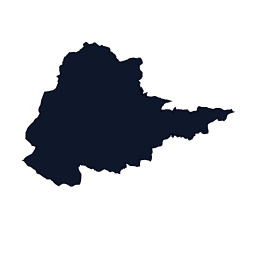 the district of Mogos, Alba, Romania, rotated 15°
{"feature_id": "2599482B52789087649839", "entity_name": "Mogos", "entity_type": "district", "adm_level": 2, "iso_a3": "ROU", "parent_name": "Romania", "parent_adm1": "Alba", "projection": "mercator", "projection_center": [23.332, 46.276], "detail": "fine", "context": "isolated", "style": "filled", "palette": "ink", "viewbox_px": 256, "rotation_deg": 15, "n_neighbors": 0, "source": "geoboundaries", "source_scale": "gbopen_adm2", "svg_char_len": 5741}
<svg xmlns="http://www.w3.org/2000/svg" viewBox="0 0 256 256"><g transform="rotate(15 128 128)"><path d="M75.8,201.4L78.5,198.4L80.5,197.6L82.9,197.4L87.0,198.4L87.5,198.8L89.1,198.3L90.7,196.8L91.0,196.1L95.5,194.6L95.6,192.4L95.3,189.4L94.4,185.5L94.1,184.7L92.3,183.1L90.8,181.5L90.4,180.6L89.3,179.1L90.4,177.5L90.6,176.9L90.5,176.1L91.0,175.2L91.9,175.1L92.9,175.5L94.3,174.9L95.2,175.1L96.0,174.5L98.8,175.8L100.1,176.2L101.6,176.1L102.1,176.5L103.2,176.6L103.6,176.3L104.2,175.5L104.4,175.5L105.7,175.9L106.5,176.4L106.7,176.8L108.1,176.6L108.6,176.9L108.7,177.2L109.9,177.3L111.8,176.9L111.9,176.4L112.8,176.1L113.1,175.3L114.0,174.7L113.9,174.2L114.0,174.0L114.6,174.1L115.1,173.4L115.7,173.2L120.2,173.8L121.3,174.6L122.2,174.6L123.0,173.8L124.4,173.3L126.7,173.5L127.1,174.3L128.1,174.3L129.5,173.4L130.8,173.9L131.5,173.9L131.1,172.5L131.2,171.4L132.0,169.5L132.5,167.8L132.9,168.8L133.1,168.8L133.5,167.9L133.9,167.7L134.2,166.9L134.9,167.4L135.1,166.9L135.0,166.3L136.0,166.4L136.0,165.7L135.2,164.1L134.5,163.7L134.6,162.8L135.2,162.3L137.3,162.3L139.2,163.2L140.2,163.4L140.8,163.1L144.8,162.3L146.4,162.6L147.1,162.4L147.8,161.7L148.7,161.5L147.9,158.8L148.0,157.5L147.7,155.5L152.4,153.6L156.3,153.3L158.1,153.7L158.3,151.9L158.0,150.2L157.9,149.5L157.0,148.2L156.9,147.5L157.4,145.6L157.1,144.4L155.6,141.3L158.7,139.7L159.1,139.7L161.4,137.7L164.0,136.6L164.7,135.8L164.9,134.6L164.2,133.0L164.7,129.9L168.6,127.8L170.4,125.1L170.6,123.4L171.0,122.7L171.6,122.8L172.3,121.9L172.8,122.0L172.6,122.6L172.6,123.4L172.9,123.0L173.4,123.3L173.5,124.7L173.7,124.9L174.0,123.4L174.9,122.0L175.6,122.4L175.7,122.0L175.9,121.9L176.2,122.1L176.3,122.6L177.0,122.7L177.5,123.2L178.0,122.9L178.1,123.4L178.9,123.1L180.3,121.9L181.1,122.0L181.7,122.8L182.7,121.7L183.8,121.8L184.1,121.7L184.4,121.8L184.9,122.4L186.2,122.9L187.4,122.4L187.5,122.2L187.5,121.9L187.9,121.7L189.0,122.0L189.4,122.9L190.1,123.4L190.6,123.3L191.0,122.9L191.4,122.1L192.2,122.0L192.6,121.2L192.5,120.0L192.9,119.8L192.5,119.2L194.2,117.8L193.9,117.2L194.1,115.2L196.9,114.6L197.5,114.0L197.7,113.2L198.1,112.3L200.3,112.7L201.3,113.4L202.7,113.6L206.1,112.1L206.1,111.1L205.6,109.6L204.4,107.7L204.1,106.2L203.5,105.0L203.9,102.8L205.7,101.3L206.1,100.5L207.7,99.8L210.1,96.8L211.9,95.1L212.3,95.2L213.4,96.8L213.9,96.9L215.3,96.5L216.9,95.7L218.7,95.8L219.9,93.6L219.9,91.3L220.1,89.2L222.4,86.8L223.8,86.2L225.0,85.4L224.5,85.4L224.0,84.7L223.0,83.7L221.7,84.8L221.8,85.0L220.6,84.9L219.2,85.3L218.2,86.0L217.6,86.1L216.3,86.8L213.0,85.7L210.4,85.8L209.7,86.2L208.0,86.5L207.8,86.9L206.5,87.6L206.4,88.0L205.8,88.4L202.7,88.3L200.8,88.7L198.9,88.1L195.1,89.1L194.4,89.1L193.5,89.6L191.7,89.1L191.0,89.4L190.5,90.1L190.4,90.8L190.4,91.5L190.9,92.8L190.3,93.7L189.3,94.8L188.5,94.8L187.0,95.3L186.0,96.3L185.5,96.5L185.5,96.9L183.8,97.0L183.9,97.6L180.5,95.4L177.4,96.6L175.9,97.0L174.5,96.9L173.4,97.6L172.4,97.3L171.1,97.9L169.6,98.2L168.7,98.2L168.6,97.4L168.7,96.8L168.4,96.4L168.0,97.0L167.2,99.7L167.2,100.0L167.6,101.1L163.6,100.0L162.6,100.1L159.6,100.9L158.7,101.7L156.4,102.2L155.6,103.0L154.9,102.4L154.7,101.8L154.9,101.5L154.2,100.3L154.6,99.8L154.6,99.0L154.9,98.6L154.8,97.6L155.1,96.8L155.7,96.9L156.2,95.0L156.6,94.5L156.6,93.8L157.5,93.8L158.3,92.6L158.9,92.8L159.6,92.6L161.7,91.2L158.1,91.2L156.4,91.6L153.9,91.5L152.8,91.8L152.1,91.6L151.7,91.2L149.9,91.4L146.5,90.8L144.9,91.2L143.3,92.1L142.0,92.6L139.1,92.8L138.0,93.2L137.2,92.0L136.7,92.0L136.9,89.6L134.7,91.2L133.8,92.2L133.6,92.3L133.2,91.6L132.4,92.0L132.2,91.3L132.7,91.2L132.5,90.3L131.8,90.0L132.9,88.9L132.9,88.5L132.6,88.1L132.1,88.2L131.9,87.2L131.6,86.8L130.9,86.7L130.8,87.0L130.7,86.7L130.4,86.9L130.3,86.7L130.6,86.4L130.5,86.2L130.0,87.4L129.7,86.4L128.5,85.2L128.2,84.3L127.1,83.0L127.1,82.4L127.7,82.1L127.6,81.3L126.6,80.6L125.3,80.0L125.1,79.7L125.1,79.2L126.8,77.5L127.7,76.2L127.5,75.0L128.0,74.6L127.0,70.9L123.9,69.0L123.1,67.2L122.7,65.5L122.0,64.5L122.8,64.1L124.8,61.5L123.9,59.8L122.5,58.1L121.5,57.7L120.3,57.9L119.1,59.1L115.2,59.3L111.7,60.8L110.5,62.3L108.0,64.1L102.8,67.1L102.3,66.4L100.7,65.5L100.5,65.0L99.5,64.7L97.5,63.2L97.6,62.4L96.2,60.9L95.3,60.5L94.1,60.3L92.9,59.4L90.8,59.3L90.5,59.1L90.3,57.9L89.9,57.0L89.1,55.9L84.5,55.7L83.2,56.1L81.7,55.3L81.2,55.4L80.0,56.7L79.0,56.8L74.0,54.6L73.3,54.8L72.7,56.1L70.4,57.1L69.8,57.8L68.3,57.7L66.6,57.0L66.3,56.6L65.3,56.5L64.5,57.4L64.3,58.0L63.6,58.6L64.2,59.7L64.9,60.5L64.9,61.3L63.8,62.6L63.8,63.0L61.8,65.2L61.7,66.4L60.0,67.6L60.1,67.9L58.4,69.1L56.3,69.2L53.8,70.1L53.6,70.5L52.1,70.6L51.2,72.7L50.5,73.4L50.5,74.0L50.1,74.7L50.2,75.0L49.5,75.7L48.9,76.0L48.6,76.9L48.7,77.5L48.5,78.6L48.8,79.6L48.2,81.7L48.8,82.9L48.9,84.1L46.8,85.6L46.6,86.0L46.5,87.0L47.3,89.0L47.5,90.3L48.0,90.9L48.9,92.9L49.0,94.7L47.2,95.7L46.6,96.6L47.6,96.7L48.5,97.8L48.8,99.1L48.5,101.0L49.1,101.6L49.5,102.3L48.6,108.6L46.5,111.3L42.0,113.7L38.5,115.1L37.7,123.3L38.1,127.8L37.8,129.8L37.5,130.5L37.5,131.6L37.3,133.1L37.8,133.8L37.8,134.5L38.6,135.4L39.2,135.6L39.7,137.3L39.1,138.6L39.0,139.9L38.6,141.2L37.8,142.5L36.6,143.6L35.9,145.5L35.7,146.7L34.2,148.9L31.9,153.4L31.4,155.0L31.5,156.7L31.1,157.5L31.0,159.5L31.4,160.1L31.7,162.1L32.2,163.6L32.2,164.5L37.6,167.2L39.4,168.6L40.0,169.4L41.3,169.0L41.6,169.2L43.9,169.5L44.6,170.0L44.2,170.8L44.4,171.9L44.2,173.0L43.6,174.3L43.4,175.8L43.0,176.5L42.7,177.4L41.8,178.9L40.1,180.2L38.9,181.6L38.0,182.2L37.6,183.1L37.3,183.2L36.8,183.9L36.2,185.1L36.2,185.9L35.9,186.2L36.7,186.0L37.2,187.1L38.7,188.0L40.4,189.5L41.5,190.0L44.3,190.1L47.3,191.4L49.5,192.0L50.5,192.7L52.1,194.9L54.8,194.9L59.3,196.7L61.5,197.2L62.8,197.9L66.4,196.9L68.2,198.0L69.6,198.3L71.0,199.6L73.1,200.5L75.8,201.4Z" fill="#0f172a" stroke="#020617" stroke-width="1.5"/></g></svg>